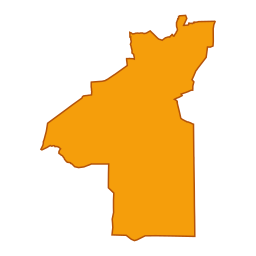 Kombo Central, West Coast, Gambia
{"feature_id": "56634734B211008456047", "entity_name": "Kombo Central", "entity_type": "district", "adm_level": 2, "iso_a3": "GMB", "parent_name": "Gambia", "parent_adm1": "West Coast", "projection": "robinson", "projection_center": [-16.653, 13.251], "detail": "fine", "context": "isolated", "style": "filled", "palette": "amber", "viewbox_px": 256, "rotation_deg": 0, "n_neighbors": 0, "source": "geoboundaries", "source_scale": "gbopen_adm2", "svg_char_len": 5148}
<svg xmlns="http://www.w3.org/2000/svg" viewBox="0 0 256 256"><path d="M215.1,21.6L214.8,21.3L200.1,21.6L199.1,21.6L198.8,21.6L198.0,21.8L197.8,21.9L196.1,22.2L195.2,22.2L194.9,22.1L194.4,22.1L194.1,22.2L193.6,22.3L193.6,22.7L193.8,22.9L193.5,23.0L192.8,23.2L192.3,23.4L192.1,23.6L191.9,23.4L191.4,23.3L190.8,23.3L190.4,23.4L189.9,23.4L189.4,23.1L188.7,23.2L188.7,23.4L188.8,23.7L188.8,24.3L188.6,24.5L188.3,24.8L188.0,25.0L187.7,25.1L187.3,25.1L187.0,25.2L186.7,25.2L186.4,25.2L186.1,25.2L185.4,25.2L184.9,25.3L184.3,25.4L183.6,25.4L186.8,18.5L185.6,15.4L179.7,15.8L179.6,16.1L179.4,16.2L179.1,16.3L178.6,16.4L178.6,16.7L178.6,17.3L178.6,17.8L178.5,18.1L178.5,18.6L177.8,18.6L177.8,19.1L177.8,19.5L177.6,19.6L177.0,21.4L176.5,22.6L176.5,24.5L176.5,25.1L176.5,25.3L176.6,26.6L176.7,27.1L177.0,27.6L177.3,28.8L177.3,29.2L177.5,30.0L177.2,30.5L176.8,31.4L176.4,31.8L176.2,32.6L176.1,32.9L175.8,33.1L175.0,34.3L174.8,34.7L174.5,35.2L174.2,35.9L174.0,36.1L173.4,36.1L173.1,35.8L172.9,35.5L172.7,35.2L172.6,34.6L172.4,34.5L172.1,34.4L171.9,34.6L171.5,35.3L171.2,35.6L170.8,35.7L170.4,36.1L170.1,36.5L170.0,36.9L169.8,37.0L169.6,37.1L169.3,36.9L169.0,36.9L168.8,36.9L168.5,37.0L167.7,37.1L167.3,37.2L167.0,37.3L166.7,37.5L166.3,37.6L165.4,37.8L162.5,40.0L162.2,40.3L161.0,39.8L158.7,39.1L158.5,38.9L158.0,38.5L157.2,37.8L156.9,37.5L156.5,37.1L155.8,36.4L155.4,36.0L154.4,35.0L154.2,34.8L153.5,34.1L153.0,33.6L152.2,32.9L151.4,32.1L150.8,31.5L150.6,31.3L150.2,30.9L146.7,32.9L146.4,33.1L145.9,33.2L145.6,33.3L145.3,33.4L145.0,33.4L144.7,33.4L144.6,33.5L144.3,33.5L144.0,33.5L143.7,33.5L143.5,33.4L143.1,33.3L142.6,33.0L141.6,33.0L141.2,33.0L140.6,33.0L140.2,33.1L139.7,33.2L139.4,33.3L138.4,33.2L137.9,33.1L137.3,33.1L137.0,33.1L136.5,33.2L136.2,33.2L135.7,33.2L135.4,33.3L135.0,33.5L134.2,33.7L133.6,33.8L132.9,33.9L132.5,33.9L131.9,33.5L131.6,33.2L131.4,33.1L131.0,32.8L130.6,32.7L130.0,32.5L129.8,32.4L129.8,33.0L129.8,33.3L129.9,33.6L129.9,33.9L129.9,34.2L129.9,34.5L129.9,34.8L129.9,35.2L129.9,36.8L130.0,37.2L130.7,37.1L130.6,37.6L130.7,38.7L130.8,39.4L130.8,39.7L130.8,39.9L131.0,40.3L131.1,40.7L131.2,41.5L131.2,42.1L130.8,43.1L130.4,44.4L130.9,45.6L131.1,46.4L131.2,46.9L131.3,47.3L131.4,47.9L132.0,50.2L132.0,51.2L132.0,51.9L132.0,53.0L133.6,54.3L133.7,54.7L133.8,55.1L133.9,55.6L133.9,55.9L134.1,56.4L134.2,57.0L134.3,57.5L134.3,58.4L134.3,59.1L133.8,58.9L133.4,58.8L132.9,58.7L131.9,58.6L130.4,58.6L129.9,58.5L129.3,58.5L128.2,58.6L127.2,58.6L126.6,58.6L126.6,59.9L126.7,60.6L126.9,62.0L127.3,65.5L114.9,74.4L114.6,74.6L113.7,75.1L113.5,75.3L112.0,76.3L109.9,77.7L109.2,78.2L106.8,79.8L106.6,79.7L105.0,80.7L103.8,80.9L102.0,81.3L97.7,81.6L91.3,82.1L91.2,83.1L91.2,83.4L91.2,83.7L91.2,86.6L91.2,87.0L91.3,87.5L91.4,88.3L91.5,88.9L91.5,90.1L91.6,90.8L91.7,91.1L91.8,91.7L91.7,92.3L91.6,93.3L91.6,93.7L91.6,94.2L91.5,94.9L90.5,95.0L89.6,95.2L88.9,95.2L87.8,95.4L86.3,95.6L85.8,95.6L84.6,95.8L84.0,95.9L83.6,95.9L83.4,96.0L82.5,96.7L81.9,98.1L72.0,105.2L71.6,105.5L62.2,112.5L49.7,121.7L47.8,123.1L47.6,123.3L46.6,129.6L46.3,131.4L44.1,139.7L43.3,141.8L43.3,143.5L43.2,143.8L42.9,145.2L42.7,145.7L40.9,149.3L41.4,149.6L41.9,149.9L46.9,147.5L47.9,146.9L50.2,145.5L50.5,145.7L51.0,145.9L51.4,146.1L51.8,146.1L52.1,146.1L52.6,145.8L53.1,145.7L53.4,145.7L53.8,145.7L54.2,145.7L54.5,145.8L54.7,146.1L54.8,146.4L54.9,146.6L57.0,146.5L58.7,147.1L60.6,148.8L60.4,149.2L60.0,149.6L59.6,150.1L59.4,150.6L59.2,151.0L59.1,151.3L59.0,151.5L58.9,151.9L59.0,152.3L58.9,152.6L58.8,153.0L59.1,153.1L59.3,153.4L59.3,153.6L59.6,153.7L59.8,153.9L60.0,154.1L60.2,154.3L60.5,154.5L60.9,154.8L61.1,155.0L61.3,155.2L61.6,155.3L62.0,155.5L62.4,155.7L62.7,156.1L63.0,156.5L63.2,157.0L63.6,157.3L64.0,157.9L64.2,158.2L64.4,158.7L64.5,159.2L65.2,160.0L65.4,160.3L65.8,160.8L66.4,161.5L66.9,161.8L67.2,162.2L70.4,162.7L70.7,163.3L70.8,163.5L71.6,163.6L74.7,166.7L78.6,167.6L83.9,166.9L90.9,164.2L91.5,163.9L91.7,164.0L108.4,164.0L108.7,164.0L108.5,172.9L108.4,184.1L108.4,187.8L113.8,193.0L113.5,200.2L113.5,202.5L113.5,207.7L113.6,212.5L112.2,219.2L112.5,222.6L112.8,227.5L112.0,234.9L126.2,235.3L131.2,239.2L134.4,240.6L136.9,239.9L138.1,239.3L142.5,237.1L145.2,235.8L146.9,235.8L155.6,235.7L169.0,235.9L194.8,236.4L194.7,226.4L194.6,216.9L194.5,211.7L194.4,205.1L194.3,191.5L194.2,183.0L194.1,177.1L194.0,168.8L193.9,163.0L193.9,157.6L193.8,156.2L193.7,145.0L193.5,124.2L192.5,123.9L190.6,122.9L189.8,122.6L189.2,122.4L188.3,122.0L187.6,121.9L187.0,121.9L186.3,121.5L186.0,121.2L185.5,121.1L184.4,120.5L182.9,119.7L182.6,119.6L182.1,119.3L181.6,118.8L181.0,118.5L180.8,118.2L180.4,116.4L179.6,112.8L179.1,110.7L178.1,106.6L178.0,106.3L177.1,102.4L177.3,102.4L177.2,101.3L176.5,100.5L174.4,99.3L175.7,98.6L176.8,98.1L178.9,97.3L182.1,95.6L181.1,94.1L184.8,92.8L185.2,92.7L187.1,92.0L188.2,91.6L190.2,90.6L191.9,90.1L192.7,90.2L192.8,88.5L192.8,87.7L192.8,87.0L192.8,86.6L192.9,85.9L193.0,85.2L193.1,84.9L193.9,81.9L192.0,79.7L193.7,76.0L194.6,73.8L195.1,72.7L195.8,70.9L196.8,69.7L197.7,68.3L206.2,57.3L206.2,57.0L207.5,47.0L210.3,47.1L213.0,46.0L213.3,41.5L213.3,40.5L213.2,28.6L213.5,27.0L213.8,24.8L215.1,21.6Z" fill="#f59e0b" stroke="#b45309" stroke-width="1.5"/></svg>